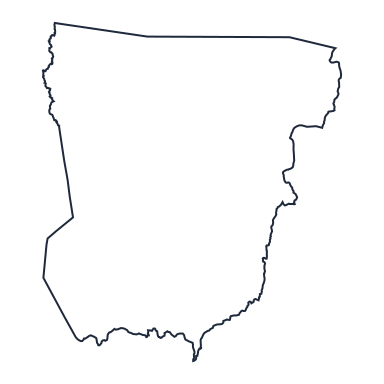 outline of Antofagasta de la Sierra, Catamarca, Argentina
{"feature_id": "61730980B49626425367328", "entity_name": "Antofagasta de la Sierra", "entity_type": "district", "adm_level": 2, "iso_a3": "ARG", "parent_name": "Argentina", "parent_adm1": "Catamarca", "projection": "equal_earth", "projection_center": [-68.193, -26.047], "detail": "fine", "context": "isolated", "style": "outline", "palette": "slate", "viewbox_px": 384, "rotation_deg": 0, "n_neighbors": 0, "source": "geoboundaries", "source_scale": "gbopen_adm2", "svg_char_len": 5816}
<svg xmlns="http://www.w3.org/2000/svg" viewBox="0 0 384 384"><path d="M335.4,48.2L289.4,37.2L147.4,36.6L54.8,23.0L54.4,24.9L54.8,26.7L54.6,29.1L55.0,29.5L55.2,31.7L55.1,32.3L54.6,32.8L55.1,33.5L54.3,34.6L54.5,35.2L54.2,35.7L53.6,35.3L52.1,35.1L51.8,35.5L51.6,36.0L50.8,36.3L50.6,36.7L50.8,37.3L50.6,37.9L50.7,38.4L49.5,39.3L49.6,39.6L49.4,40.6L49.6,41.0L48.8,41.2L49.0,41.8L49.7,43.2L49.7,43.6L50.1,44.4L51.1,45.1L51.3,46.0L51.6,46.6L51.5,46.9L50.6,47.4L50.2,48.1L49.3,48.2L49.5,49.8L49.2,50.8L50.5,52.4L51.3,52.3L52.6,53.9L52.8,55.5L53.2,56.5L52.9,57.6L52.4,57.8L51.8,58.6L52.3,59.6L52.0,60.3L52.3,61.2L51.9,61.9L52.4,62.5L52.4,63.7L51.8,64.2L51.1,63.6L49.9,64.4L48.6,66.2L48.6,66.5L48.9,66.6L48.9,67.0L47.9,68.2L47.7,68.9L46.7,69.1L46.4,69.4L45.7,70.4L45.5,71.2L44.7,71.3L44.2,70.6L43.5,70.3L42.9,70.5L43.4,73.1L43.2,75.3L43.7,75.8L43.2,76.1L43.0,77.1L44.1,78.6L44.3,79.9L45.0,81.2L45.0,81.8L44.6,82.7L45.0,82.7L45.8,83.5L45.4,85.2L45.4,85.9L46.4,87.0L46.5,87.4L47.0,88.1L48.1,88.0L48.8,88.4L49.2,88.3L49.5,88.7L50.0,88.6L50.3,88.8L49.9,90.6L49.3,91.1L49.0,92.0L49.1,92.4L49.6,92.8L49.5,93.4L49.8,94.3L50.3,94.8L50.5,95.4L50.2,96.0L49.7,96.4L50.4,97.4L50.9,97.4L51.4,98.1L51.8,97.8L52.2,98.1L52.2,99.8L53.1,100.8L53.7,101.3L51.6,102.3L51.3,102.7L51.0,104.2L50.6,104.9L50.0,105.5L49.9,106.9L50.3,108.7L49.4,109.6L49.3,111.8L49.5,112.8L50.2,114.0L52.3,114.8L52.8,116.0L52.9,116.6L53.4,117.4L54.3,120.2L55.2,120.0L56.0,120.4L56.2,121.6L56.8,121.4L57.0,121.8L57.1,122.2L56.9,123.0L57.5,123.7L58.1,125.3L58.9,125.4L59.2,125.8L59.1,126.9L64.2,160.7L67.6,179.8L69.7,196.4L73.0,217.4L56.3,231.0L47.6,238.5L46.5,244.7L43.4,277.8L64.3,316.6L75.8,337.3L77.8,339.4L79.9,340.7L80.9,341.1L82.2,341.0L83.6,339.6L84.0,338.5L85.5,338.5L89.1,336.0L90.7,335.3L94.2,336.8L96.3,338.1L97.1,342.8L98.0,344.2L98.3,345.2L98.8,345.4L99.6,345.2L101.4,343.2L101.6,341.7L102.7,340.5L104.3,340.1L105.2,340.8L107.0,339.9L107.4,338.4L107.7,334.8L108.4,333.5L109.2,332.5L110.1,332.3L111.6,331.5L114.4,328.9L115.5,329.6L117.8,329.3L121.2,328.0L124.4,328.6L127.2,330.2L128.4,332.1L131.3,333.1L133.1,334.0L136.7,334.4L139.0,333.4L139.7,333.9L141.3,334.3L142.5,334.9L145.2,335.3L145.8,335.9L146.3,337.1L147.0,336.9L147.5,335.6L148.8,335.4L148.6,334.5L147.8,333.7L148.3,331.7L148.0,330.3L151.0,330.5L151.9,330.9L153.5,328.5L155.0,328.6L155.9,330.6L157.2,331.3L157.5,334.0L158.0,336.0L158.6,337.0L159.6,337.0L160.3,337.9L161.6,337.7L162.4,336.7L164.5,335.7L164.7,334.2L164.5,333.1L167.4,331.3L168.1,331.9L169.7,332.1L171.6,334.6L174.5,336.8L175.8,336.1L176.9,334.5L177.8,334.1L179.3,333.6L182.7,333.5L184.1,335.1L184.6,337.4L185.4,339.5L189.2,341.5L192.6,342.8L193.0,344.8L192.9,346.1L193.1,347.7L194.5,351.7L194.5,352.9L193.9,354.5L193.9,355.4L194.1,357.3L193.9,358.2L193.2,359.4L193.2,361.0L194.4,360.6L195.8,359.4L196.2,357.9L196.2,355.9L197.3,355.8L198.0,352.8L198.2,350.8L199.5,348.5L200.4,348.8L201.1,348.2L201.2,347.7L200.7,346.6L200.9,345.8L200.6,341.1L200.7,339.8L201.1,338.7L201.7,338.1L203.1,335.0L204.3,333.0L207.9,330.8L209.2,330.6L210.2,329.2L212.9,327.8L213.4,325.9L216.8,324.5L221.1,324.2L222.1,323.9L223.3,322.7L223.4,320.9L226.0,320.0L226.6,319.5L229.3,320.0L229.9,319.8L230.3,318.0L230.3,317.0L230.9,316.1L234.2,315.4L236.0,315.5L238.9,314.8L239.6,313.2L241.4,311.0L242.3,310.6L243.5,311.0L245.1,310.9L245.6,310.2L246.3,308.3L247.3,307.0L247.4,305.9L248.3,305.3L248.5,304.7L248.5,303.8L248.3,302.6L249.4,301.6L250.7,301.8L251.4,303.3L253.6,301.9L253.8,300.4L254.5,299.3L255.5,299.0L258.5,300.3L259.0,298.5L259.0,297.3L259.5,297.1L259.8,296.7L259.9,294.1L261.3,293.8L261.6,292.5L261.9,291.7L261.6,290.4L262.5,288.3L262.6,286.7L262.9,285.0L264.0,282.3L264.5,280.3L264.6,278.7L264.2,276.2L264.0,273.6L264.5,273.1L264.5,272.5L265.0,271.2L264.3,268.2L264.5,267.0L264.3,266.1L264.9,264.3L265.0,263.1L264.3,262.1L263.2,261.6L262.9,261.0L263.1,258.8L262.8,258.5L263.3,257.9L263.9,257.8L264.6,258.0L265.7,258.7L266.6,258.7L266.7,258.4L266.9,255.9L266.8,254.2L266.9,251.3L266.8,250.6L266.5,250.2L266.4,247.2L266.2,246.4L266.7,245.4L268.3,245.4L268.8,245.2L269.1,243.3L269.9,242.0L270.0,241.1L269.8,239.8L270.5,238.7L270.2,237.6L270.9,236.3L270.5,235.8L270.8,234.3L272.1,231.2L271.2,227.2L271.4,226.4L272.6,225.2L273.2,222.7L272.9,220.2L273.9,218.3L275.4,216.3L276.3,214.6L276.1,213.8L276.1,212.5L276.5,210.4L276.5,209.1L277.3,208.4L277.8,207.1L279.0,206.6L280.9,204.9L282.6,202.1L283.4,204.1L284.8,205.4L285.6,205.3L288.8,203.7L289.7,204.0L292.7,204.0L293.3,203.8L294.0,204.3L294.7,204.1L294.0,202.6L294.4,202.1L294.3,201.2L294.6,200.4L295.8,199.9L296.3,199.3L296.5,198.6L297.1,197.6L297.1,197.2L296.0,194.8L295.3,193.8L293.5,192.7L293.4,192.1L293.6,191.2L292.3,189.2L292.2,187.7L290.5,185.6L289.8,183.5L289.2,182.8L288.5,182.4L286.9,182.8L285.9,182.6L285.0,181.5L284.4,180.3L283.7,176.5L283.8,175.8L283.7,175.0L283.2,174.0L282.9,172.3L283.9,171.3L286.9,169.7L288.5,169.6L289.1,169.1L290.7,168.7L292.7,167.3L292.8,166.5L293.3,165.6L293.3,163.8L294.2,160.6L293.7,151.1L293.5,150.0L293.6,144.1L293.1,141.1L292.1,139.5L290.2,138.3L290.0,138.0L290.3,137.1L290.7,136.6L291.7,133.0L292.0,132.8L292.6,131.6L293.0,130.0L294.3,127.9L296.6,126.4L298.6,125.6L300.2,125.3L302.0,125.4L307.0,126.8L316.1,126.2L322.2,127.8L322.9,125.2L324.1,123.2L324.0,121.9L324.6,120.3L324.9,117.4L326.1,115.3L328.1,113.1L328.3,111.9L328.9,111.5L329.8,111.5L333.2,111.0L334.5,110.3L334.3,109.4L334.6,106.5L334.1,105.6L334.0,104.8L333.5,104.0L333.4,103.5L334.2,101.8L334.4,99.9L335.2,98.8L336.8,97.6L338.5,94.3L338.4,93.1L337.6,91.3L338.3,88.4L339.2,87.1L339.1,83.1L338.7,81.0L338.7,80.1L339.5,78.6L340.6,78.0L340.8,77.5L341.1,74.8L340.6,70.8L339.5,67.7L339.2,66.0L339.0,63.0L338.6,62.4L336.6,61.7L333.1,62.6L331.4,62.5L330.8,62.2L329.6,60.5L329.7,59.8L330.4,59.0L331.7,56.3L332.1,53.0L332.4,52.1L334.5,49.0L335.4,48.2Z" fill="none" stroke="#1e293b" stroke-width="2"/></svg>